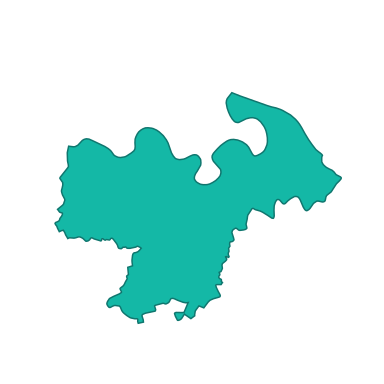 Chau Thanh, Long An, Vietnam, rotated 327°
{"feature_id": "81297802B81408558281677", "entity_name": "Chau Thanh", "entity_type": "district", "adm_level": 2, "iso_a3": "VNM", "parent_name": "Vietnam", "parent_adm1": "Long An", "projection": "mercator", "projection_center": [106.49, 10.464], "detail": "fine", "context": "isolated", "style": "filled", "palette": "teal", "viewbox_px": 384, "rotation_deg": 327, "n_neighbors": 0, "source": "geoboundaries", "source_scale": "gbopen_adm2", "svg_char_len": 6033}
<svg xmlns="http://www.w3.org/2000/svg" viewBox="0 0 384 384"><g transform="rotate(327 192 192)"><path d="M279.5,130.4L272.5,132.8L270.8,134.0L269.2,135.9L267.2,140.8L266.2,144.9L265.6,148.9L265.5,152.7L265.9,155.6L266.4,156.9L267.8,158.4L269.0,159.1L277.4,160.1L281.1,161.4L283.5,162.8L285.6,165.0L286.6,166.6L287.8,170.5L288.1,175.9L288.0,177.5L287.7,179.5L287.3,181.2L286.3,184.1L284.7,187.6L282.5,191.1L280.6,193.2L277.3,195.5L275.4,196.6L272.9,197.2L270.3,197.3L266.7,196.9L264.8,196.3L264.0,195.7L263.5,194.6L263.3,192.8L263.9,185.4L263.5,182.1L261.7,177.7L260.4,175.7L258.6,173.3L255.6,170.6L253.1,169.2L251.1,168.6L248.8,168.3L245.1,168.4L241.3,168.7L237.0,169.6L233.2,170.6L230.9,171.3L228.8,172.5L227.8,173.7L227.0,175.7L226.7,178.0L228.2,188.3L228.0,189.3L227.1,191.1L226.2,192.2L224.4,193.7L221.9,194.6L218.2,195.3L214.6,195.3L211.2,194.9L208.6,194.0L205.4,192.0L203.4,190.2L202.4,188.6L201.2,186.1L201.0,184.3L201.1,182.4L201.9,181.1L202.9,180.0L205.1,178.5L207.9,177.3L213.9,174.2L215.3,172.5L216.8,169.8L217.0,168.8L216.9,165.7L216.4,164.2L215.7,163.1L214.2,162.0L212.9,161.4L210.2,160.9L204.6,160.3L202.7,159.8L199.2,158.1L197.9,156.9L196.8,155.6L196.3,154.7L195.9,151.7L196.1,148.0L198.6,137.9L198.9,134.3L198.6,129.1L197.2,123.7L196.0,120.8L194.0,117.7L192.7,116.3L190.0,114.1L187.7,112.8L185.3,112.3L182.8,112.2L180.0,112.6L177.6,113.6L174.8,115.3L173.1,116.7L171.0,119.6L169.2,122.8L167.6,124.8L165.8,125.8L162.5,126.2L156.4,126.2L154.7,125.9L150.7,124.1L148.8,122.5L147.2,120.0L146.6,118.4L146.4,113.7L146.1,112.2L145.3,109.8L143.6,106.2L136.5,94.7L134.4,91.5L132.3,89.8L130.2,89.1L128.2,89.0L121.7,90.6L118.7,90.3L117.3,89.6L113.5,86.4L108.8,91.1L104.5,98.2L103.2,101.5L102.6,102.7L102.1,103.5L100.7,104.1L89.4,107.9L88.9,108.3L88.6,108.7L88.6,109.5L88.7,113.6L87.5,115.7L85.2,118.0L83.5,119.5L83.0,120.2L82.5,121.4L81.8,123.9L81.4,128.3L81.0,129.5L77.6,132.2L76.2,132.6L69.8,133.3L70.0,136.7L70.9,138.1L71.6,138.6L71.7,139.3L71.4,139.9L70.7,140.5L69.4,141.3L67.6,141.9L66.5,142.5L65.8,143.2L64.5,143.8L62.5,143.6L61.1,143.3L60.6,143.4L60.0,143.8L59.8,145.1L60.0,147.0L59.5,149.2L59.1,153.0L61.3,153.3L63.3,154.0L63.2,156.7L62.7,159.1L62.5,163.4L63.8,163.5L64.9,164.1L67.9,166.4L69.6,167.1L72.2,167.8L73.5,168.6L74.5,170.1L75.3,171.7L76.1,175.3L76.8,175.9L78.2,176.4L79.0,176.4L80.1,176.3L81.8,175.6L82.8,175.7L83.4,176.3L84.3,178.0L88.9,183.4L89.6,183.4L90.6,182.4L91.3,182.3L91.8,182.7L92.4,184.3L92.9,185.1L94.4,185.3L96.6,187.3L97.2,187.3L98.5,186.8L99.3,186.9L99.8,187.3L100.1,188.0L100.3,189.4L100.6,193.4L100.6,195.6L99.9,198.3L99.9,199.1L100.3,199.8L101.7,201.0L102.7,201.0L104.0,200.7L105.0,201.4L106.3,201.9L106.5,202.0L106.8,203.5L107.4,204.2L109.4,205.5L114.1,207.3L114.9,207.6L116.1,207.6L116.9,207.9L118.3,210.0L118.8,211.5L116.2,212.3L114.4,212.6L113.8,212.6L111.9,212.2L110.3,211.5L109.3,211.6L108.4,212.1L107.5,212.9L104.6,216.4L103.7,217.9L101.9,221.5L97.1,220.2L93.7,226.6L91.5,226.9L91.0,227.5L90.6,229.2L90.2,229.6L87.6,230.9L84.5,232.8L82.8,233.3L80.2,233.5L79.2,233.7L78.8,234.5L78.5,237.2L78.1,237.8L75.8,237.9L69.2,236.8L64.8,236.4L62.0,237.6L60.8,238.3L59.7,239.4L59.5,240.0L59.3,241.5L59.6,243.5L59.9,243.9L60.4,244.2L61.0,244.4L62.2,244.4L64.8,244.8L65.9,245.4L69.1,248.2L69.2,249.6L68.5,253.3L68.6,255.3L69.0,257.0L70.0,260.0L71.5,263.4L72.2,264.4L75.0,267.2L76.9,268.4L77.2,268.9L77.2,269.3L75.9,271.1L75.4,272.8L80.4,274.7L81.4,272.8L82.6,268.6L83.4,267.9L84.2,267.8L87.0,268.3L96.1,271.8L96.6,271.7L97.5,270.8L98.2,268.2L98.6,267.1L98.9,267.0L100.1,267.2L106.8,269.4L107.7,270.0L108.6,271.3L109.6,271.8L111.9,272.0L113.1,271.7L115.6,270.2L116.4,270.0L117.8,270.6L118.9,271.7L121.0,275.0L124.5,279.7L126.4,281.5L127.4,282.1L128.6,282.6L119.8,288.6L118.3,287.9L113.0,284.3L111.8,284.1L111.3,284.3L111.1,284.6L110.4,287.2L110.0,291.1L110.0,291.7L110.4,292.1L111.6,292.5L113.2,292.7L114.7,292.3L119.1,290.3L122.1,297.6L126.9,297.3L127.2,296.6L129.8,293.7L131.3,293.0L135.8,291.3L138.8,295.6L145.6,293.1L148.2,292.6L151.9,293.2L157.4,294.9L158.5,295.0L159.2,294.4L159.6,293.1L159.8,289.9L160.4,285.4L161.0,283.3L161.6,283.0L162.4,283.2L166.0,285.5L166.4,285.4L167.1,284.8L168.2,284.7L168.3,284.3L167.9,283.4L167.9,282.8L168.7,282.0L168.9,281.2L168.0,279.6L167.9,278.3L168.7,277.2L169.8,276.9L170.4,276.4L170.7,275.7L170.9,274.3L171.2,274.1L172.1,274.4L173.0,274.5L175.7,272.8L176.1,272.2L177.3,269.7L178.5,268.6L182.4,268.2L184.1,267.7L184.7,266.9L184.7,265.1L184.9,264.6L185.5,264.7L187.0,266.7L187.6,266.6L188.0,266.2L188.1,265.0L188.7,263.6L189.3,262.9L190.8,261.8L191.9,259.4L192.3,259.0L194.3,258.1L195.2,256.1L196.2,254.9L197.1,254.7L198.4,255.4L199.8,255.5L201.0,255.1L201.2,254.9L201.9,253.0L203.2,248.3L203.4,247.7L204.6,246.6L205.3,246.2L206.6,246.0L208.6,246.0L209.4,246.6L209.8,247.4L210.3,249.1L210.7,249.8L211.3,250.3L214.6,251.9L216.5,252.5L217.4,252.5L218.2,252.3L218.6,251.7L219.8,248.4L223.8,244.5L224.9,243.1L226.2,241.8L233.2,238.7L233.9,238.8L234.4,239.1L235.4,241.2L238.8,245.1L240.2,247.4L242.8,252.9L244.6,257.2L245.7,258.3L246.1,258.3L246.4,258.2L247.3,257.5L248.0,256.7L250.8,252.0L253.0,248.9L254.1,247.7L256.4,245.9L258.6,244.8L259.9,245.0L260.8,245.8L261.2,246.7L261.8,251.0L262.4,251.9L262.8,252.2L263.7,252.4L264.6,252.3L267.6,251.6L271.2,251.3L275.4,251.6L276.7,252.3L277.9,253.4L278.4,254.7L278.5,256.9L278.3,258.3L277.1,265.2L277.0,267.7L277.1,268.6L277.4,269.4L277.7,269.9L278.4,270.3L280.3,270.4L281.9,270.1L287.0,268.0L288.0,267.7L291.4,267.6L292.0,267.8L293.1,268.5L295.9,271.4L297.2,272.0L298.5,272.0L299.5,271.3L301.6,269.1L303.0,268.3L304.3,268.1L308.8,267.7L317.5,263.8L321.9,262.9L324.3,262.1L324.9,261.3L324.8,260.3L322.3,255.9L322.0,252.4L321.3,250.0L319.8,247.7L318.1,244.6L317.4,242.3L317.0,240.4L317.2,237.5L318.8,234.9L320.1,233.1L321.3,232.4L321.4,231.4L320.8,229.2L320.0,227.1L319.0,223.9L318.5,217.6L318.3,211.5L318.5,204.7L319.0,197.9L319.1,193.9L318.9,190.7L318.4,187.4L316.6,181.1L312.5,173.1L311.1,170.9L308.3,167.3L305.0,163.9L302.0,160.3L284.6,137.6L279.5,130.4Z" fill="#14b8a6" stroke="#0f766e" stroke-width="1.5"/></g></svg>